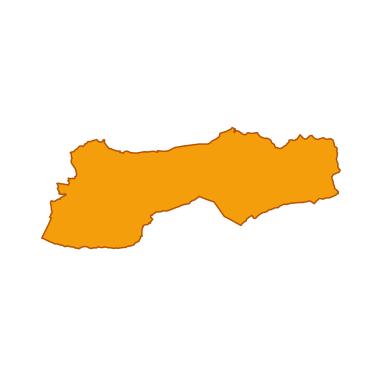 Manastirea Humorului, Suceava, Romania (Albers equal-area conic projection), rotated 123°
{"feature_id": "2599482B27977460060406", "entity_name": "Manastirea Humorului", "entity_type": "district", "adm_level": 2, "iso_a3": "ROU", "parent_name": "Romania", "parent_adm1": "Suceava", "projection": "albers", "projection_center": [25.791, 47.644], "detail": "fine", "context": "isolated", "style": "filled", "palette": "amber", "viewbox_px": 384, "rotation_deg": 123, "n_neighbors": 0, "source": "geoboundaries", "source_scale": "gbopen_adm2", "svg_char_len": 6015}
<svg xmlns="http://www.w3.org/2000/svg" viewBox="0 0 384 384"><g transform="rotate(123 192 192)"><path d="M224.9,315.4L225.4,315.4L225.9,314.0L227.6,312.6L228.1,312.4L228.9,311.1L230.2,310.9L232.1,310.0L233.4,308.8L234.4,306.5L236.1,302.4L238.3,299.9L240.7,298.0L241.4,297.8L242.1,297.8L242.3,298.0L242.6,298.4L243.0,298.5L243.8,297.8L244.3,297.7L245.2,298.3L245.4,298.9L245.4,299.4L245.5,299.7L247.2,301.2L247.3,301.7L247.4,302.8L247.9,303.0L248.1,303.1L248.7,302.3L249.2,301.9L250.2,302.2L250.4,300.8L250.9,300.1L251.3,299.8L253.5,299.5L254.2,301.5L254.8,302.7L255.3,304.1L256.1,305.5L257.2,308.0L257.2,308.6L258.4,309.8L260.4,306.6L262.2,306.9L263.3,305.4L263.3,304.9L264.2,303.4L264.3,303.7L265.2,302.8L265.4,302.9L265.6,302.8L265.9,302.2L265.6,301.2L265.0,300.4L264.7,299.3L264.6,299.1L264.2,299.1L263.9,298.4L262.8,297.8L262.8,297.4L262.6,297.2L262.7,296.4L263.0,296.1L268.8,299.2L269.8,298.7L270.5,300.0L273.0,301.4L274.9,302.2L276.0,305.1L276.9,305.2L278.3,304.7L280.3,302.7L281.8,301.4L284.1,299.7L284.3,299.1L285.7,298.0L287.0,298.3L288.2,297.9L290.6,297.7L290.6,295.8L297.0,294.7L312.3,292.9L312.2,291.8L312.0,291.2L311.8,289.9L311.3,285.3L310.5,281.2L310.5,279.8L310.2,278.9L309.6,277.8L309.2,277.4L308.4,275.1L308.4,274.2L308.2,273.5L307.3,272.0L307.1,271.5L307.2,269.8L307.1,269.2L306.8,268.4L304.9,267.1L304.8,265.9L303.3,262.2L302.6,261.3L302.5,260.8L302.6,259.2L301.8,258.0L301.4,256.9L301.2,256.0L297.6,253.9L296.3,252.5L295.0,250.1L295.1,249.4L294.8,247.4L294.6,246.5L294.4,246.0L293.2,244.7L292.5,244.3L291.9,243.5L291.3,242.1L291.0,241.7L289.3,240.9L289.1,240.6L288.7,239.8L288.4,238.6L287.4,236.9L285.1,234.5L284.7,233.2L284.6,232.3L284.4,231.8L283.3,230.4L282.6,228.6L281.8,226.9L281.4,226.3L280.1,224.9L279.5,223.4L276.2,219.7L274.7,217.7L272.1,215.9L271.4,214.8L269.9,213.5L268.8,212.9L268.3,212.0L267.1,212.0L265.5,211.7L264.7,211.4L264.5,211.1L264.3,210.8L262.8,210.4L262.4,209.8L258.6,210.1L258.3,210.3L257.9,210.8L257.6,210.8L256.9,210.7L256.3,209.8L253.7,211.7L249.8,214.0L248.2,213.9L247.7,214.2L247.1,214.3L247.0,214.6L246.8,214.6L246.4,214.2L245.3,213.8L244.7,213.3L244.2,212.3L243.3,211.3L241.1,211.1L241.1,210.1L240.6,210.0L240.4,210.2L239.9,210.2L239.8,210.4L239.4,210.5L236.3,210.1L235.7,212.1L235.7,213.0L234.9,213.4L234.2,213.4L233.7,213.8L233.2,212.8L231.8,212.6L231.0,212.4L229.8,211.6L229.4,211.7L228.9,211.6L227.7,210.4L227.2,209.4L225.6,207.7L225.5,207.3L225.1,206.9L223.5,206.1L223.0,205.3L222.5,204.2L221.0,202.1L213.9,197.1L211.3,194.9L209.9,194.2L206.4,191.5L206.2,190.9L204.8,189.8L204.0,188.9L203.9,188.5L203.4,188.0L202.8,187.9L202.3,188.0L200.7,187.8L198.8,186.8L197.8,185.9L196.4,185.1L195.6,184.9L192.2,183.5L191.7,183.5L190.3,175.8L188.3,168.1L194.9,151.6L194.3,145.9L193.4,132.8L191.5,132.7L188.6,131.9L186.7,130.9L185.1,131.4L182.7,130.7L179.0,128.9L179.4,127.6L180.2,126.9L180.3,125.6L179.4,124.4L178.3,124.1L176.2,123.8L173.6,122.9L171.0,121.6L168.5,119.1L167.3,118.4L165.4,118.0L163.4,115.8L162.6,115.6L161.9,114.8L160.5,114.1L158.5,111.9L158.1,111.1L157.1,111.0L155.6,110.6L153.9,109.3L152.2,108.4L151.4,107.0L151.0,105.9L147.8,103.2L142.3,96.2L141.1,94.4L140.9,93.7L139.8,92.8L139.4,92.7L138.0,90.7L135.8,89.0L135.3,88.0L135.1,87.3L135.2,85.5L135.2,83.2L130.8,82.4L128.2,81.7L127.3,80.1L126.7,78.3L125.6,77.4L123.8,76.2L122.0,73.4L120.8,72.8L119.0,71.3L117.8,70.8L116.0,69.6L113.9,69.0L113.6,68.6L112.9,69.1L112.4,69.2L112.3,69.3L112.7,69.5L112.7,69.8L112.1,70.3L111.5,71.6L111.5,73.5L111.4,74.0L109.2,76.3L108.1,78.0L106.9,78.7L104.0,82.5L103.2,83.0L102.3,82.9L100.6,83.0L96.7,80.6L95.8,79.6L95.1,79.4L93.6,79.4L92.9,79.8L92.8,80.6L92.1,82.4L91.0,83.8L89.4,84.5L88.5,85.5L87.4,87.2L86.6,88.1L85.5,88.9L82.8,89.9L80.0,91.3L79.4,92.4L78.7,93.0L77.4,93.4L76.0,94.5L76.1,97.1L75.3,98.1L75.0,98.3L73.2,100.1L71.8,102.0L71.7,102.2L71.8,104.8L72.2,105.4L73.6,106.7L74.3,107.6L74.8,108.7L74.9,109.3L74.8,110.8L75.0,111.4L75.4,111.9L76.3,112.5L78.0,114.1L79.2,114.9L79.4,115.1L80.2,117.4L80.3,118.2L79.9,120.4L79.7,121.4L79.3,122.0L79.3,122.3L79.4,122.5L80.8,123.8L81.6,124.1L83.8,124.5L84.7,124.8L85.9,125.8L86.2,126.3L86.3,128.7L86.0,129.1L85.5,130.9L85.2,132.3L85.4,132.6L90.7,132.6L91.0,133.2L91.3,133.4L92.4,133.8L93.1,134.2L93.4,134.5L93.6,135.8L93.9,136.6L94.5,137.6L95.7,138.3L95.7,138.7L97.4,138.0L97.8,138.0L99.7,138.6L101.8,138.5L103.1,139.5L106.2,140.7L107.1,141.3L107.8,142.1L108.6,145.2L109.4,146.2L109.4,146.5L109.0,146.8L107.5,148.6L107.3,149.1L107.3,151.3L107.0,152.4L106.2,153.3L105.6,154.6L105.7,156.4L105.9,158.0L107.4,160.3L107.7,161.4L108.0,162.0L108.0,162.9L108.3,164.0L108.3,165.2L108.0,166.0L107.8,167.2L106.9,169.3L106.7,169.4L107.1,170.1L110.2,173.6L110.9,174.7L111.4,176.5L112.0,177.5L112.8,177.9L113.8,177.9L115.1,178.6L115.3,179.0L115.8,181.0L115.8,181.4L115.6,182.3L116.0,183.8L115.6,184.5L115.6,185.7L115.8,186.8L116.2,187.5L116.3,188.0L117.1,188.6L117.7,188.7L118.1,188.7L119.1,188.9L118.8,189.6L118.1,189.4L117.2,190.1L116.1,189.6L115.7,190.0L116.1,193.4L118.0,193.5L122.7,196.4L126.7,199.8L127.7,200.4L128.6,200.2L130.5,199.2L134.5,200.7L138.6,203.1L141.6,203.8L143.3,205.0L147.8,212.0L157.8,223.8L164.1,230.6L170.4,234.3L173.2,237.6L176.2,243.4L177.0,242.6L177.9,243.3L178.3,245.4L179.5,247.4L180.4,248.6L181.3,249.4L183.6,252.5L184.1,253.8L189.7,259.8L192.6,265.2L192.7,267.3L193.1,268.0L193.1,268.4L193.4,269.3L195.0,270.6L196.1,270.7L196.9,270.6L197.5,273.1L198.0,274.1L196.9,274.6L198.3,276.8L199.6,281.2L199.8,283.2L200.0,284.0L200.7,285.0L200.1,287.3L200.0,288.2L198.3,292.0L198.3,292.6L197.5,293.0L196.4,293.2L196.1,293.6L196.0,294.1L196.2,294.5L196.5,294.6L197.3,294.8L198.4,294.7L198.9,294.9L200.0,296.0L200.5,297.3L200.6,298.1L200.0,299.5L200.0,300.4L203.1,303.4L203.4,303.4L203.8,303.5L204.7,304.4L206.5,306.7L206.7,306.8L207.9,306.8L208.9,307.0L209.3,307.2L209.8,307.9L210.1,308.0L210.8,307.8L211.2,307.9L212.7,307.9L213.2,308.2L213.3,309.1L213.9,310.2L215.3,311.6L217.5,311.6L220.6,312.9L222.4,313.2L223.0,313.5L223.9,314.6L224.5,314.9L224.9,315.4Z" fill="#f59e0b" stroke="#b45309" stroke-width="1.5"/></g></svg>